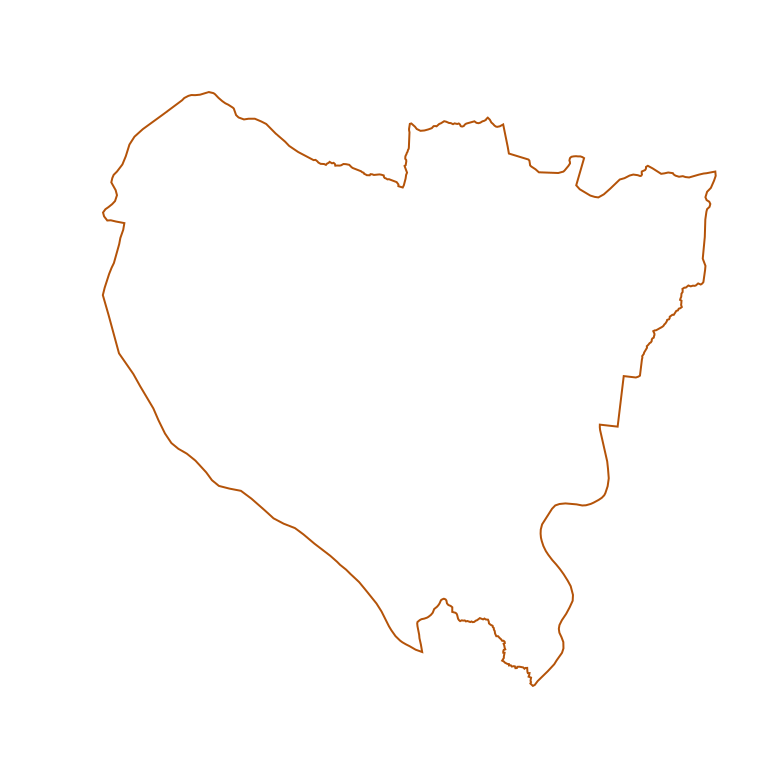 the district of Prey Chhor, Kâmpóng Cham, Cambodia, rotated 188°
{"feature_id": "14789045B91228863328058", "entity_name": "Prey Chhor", "entity_type": "district", "adm_level": 2, "iso_a3": "KHM", "parent_name": "Cambodia", "parent_adm1": "Kâmpóng Cham", "projection": "orthographic", "projection_center": [105.196, 12.105], "detail": "fine", "context": "isolated", "style": "outline", "palette": "amber", "viewbox_px": 768, "rotation_deg": 188, "n_neighbors": 0, "source": "geoboundaries", "source_scale": "gbopen_adm2", "svg_char_len": 6136}
<svg xmlns="http://www.w3.org/2000/svg" viewBox="0 0 768 768"><g transform="rotate(188 384 384)"><path d="M308.9,123.9L311.2,131.1L313.5,137.2L314.3,140.6L317.1,148.7L317.8,151.5L317.7,153.0L315.8,155.1L314.2,156.3L311.4,157.3L308.9,158.6L307.6,159.6L305.4,161.9L303.9,164.3L303.0,168.1L300.4,170.9L299.1,173.0L298.4,174.6L297.5,177.8L296.3,178.9L294.8,179.7L293.1,179.3L292.1,178.3L291.1,175.5L289.5,174.1L287.1,173.5L285.3,172.4L284.7,167.8L281.4,167.4L280.2,166.7L279.4,165.4L278.0,161.9L276.9,160.6L275.6,159.8L274.1,160.8L272.6,160.7L271.1,161.1L269.9,160.3L268.5,160.9L265.4,160.3L264.3,161.0L263.0,160.5L261.5,161.0L260.2,162.4L258.9,163.1L256.5,165.5L253.1,164.7L251.9,165.7L250.5,165.0L248.2,165.1L247.3,163.5L246.7,161.5L244.9,160.4L242.8,159.7L242.4,158.4L241.3,157.6L241.0,156.1L240.0,154.8L239.3,152.4L237.7,149.9L235.9,150.1L234.3,148.7L232.4,147.4L231.2,146.1L229.9,146.4L228.7,145.6L228.3,144.2L229.4,143.4L228.5,141.7L227.8,139.6L227.0,138.1L228.4,137.4L228.7,136.0L228.5,134.5L227.2,134.6L227.4,130.8L227.2,129.4L228.5,126.5L226.7,125.9L225.5,124.9L222.9,124.0L221.3,124.0L221.1,122.7L219.3,123.1L218.1,122.0L216.4,122.6L215.1,122.6L214.3,120.9L212.9,121.2L212.6,122.5L210.4,122.9L206.7,122.7L205.3,121.6L204.4,122.5L202.7,122.8L201.9,118.9L201.3,117.7L199.7,118.0L199.7,116.1L200.1,114.3L197.5,113.7L197.6,110.4L196.9,109.3L197.4,107.8L194.6,105.8L192.8,107.0L190.5,111.2L181.9,122.3L176.4,130.2L174.6,134.3L170.3,142.6L169.5,147.2L170.5,153.4L173.0,158.0L175.7,162.1L176.8,165.9L176.7,169.7L175.0,174.8L171.6,181.8L169.1,188.6L167.0,195.6L167.5,201.4L171.0,209.8L174.7,214.8L179.6,220.6L183.8,225.0L188.4,229.3L193.0,233.2L197.6,237.8L200.5,241.1L203.6,245.7L205.9,250.4L207.2,253.7L208.1,257.6L208.5,261.7L207.9,267.0L200.2,283.9L197.5,287.6L193.5,289.6L187.7,291.0L176.6,291.6L170.8,291.3L167.2,292.0L162.6,294.0L159.9,295.7L155.3,299.1L152.5,301.6L150.4,304.5L149.6,306.8L148.3,313.9L148.3,321.9L150.4,331.3L152.2,338.4L163.6,368.5L164.3,371.3L164.6,373.8L146.7,374.3L147.7,425.2L135.5,425.5L133.1,426.7L131.7,427.9L132.0,444.4L131.8,446.0L132.2,447.5L130.9,450.0L130.8,451.3L128.6,456.5L129.0,458.0L127.7,459.6L126.7,461.4L125.5,462.4L124.9,463.7L125.0,465.3L124.6,466.4L123.3,467.5L123.3,468.9L123.0,470.2L123.2,471.5L124.7,473.8L123.5,474.7L122.0,475.1L116.2,479.5L115.2,480.7L114.7,482.0L113.8,483.0L112.7,485.4L112.5,486.9L110.7,487.8L110.3,489.0L110.4,490.4L108.0,492.7L106.7,492.8L104.7,497.1L103.2,497.8L102.6,499.6L101.1,500.3L99.8,501.7L100.8,503.6L100.8,505.1L101.0,507.9L102.5,508.5L102.3,510.0L101.8,511.7L102.0,514.9L101.1,516.6L101.3,518.3L101.7,519.7L100.0,521.2L98.5,521.5L96.3,523.9L93.8,523.4L91.7,524.4L90.3,524.4L89.0,524.9L86.9,527.3L84.2,526.6L82.8,527.8L81.9,529.4L81.9,541.4L82.1,545.7L85.8,552.5L86.8,574.3L88.7,591.6L88.7,599.5L88.4,602.1L86.3,604.7L85.9,607.7L87.3,609.8L90.1,611.0L91.7,613.7L90.8,619.3L87.6,623.7L85.5,631.2L84.5,636.3L85.5,640.5L94.0,637.6L96.8,636.9L101.2,635.2L110.6,631.0L114.3,630.9L117.0,631.4L120.7,630.3L124.4,630.9L126.4,631.9L127.3,633.0L132.0,633.0L135.7,631.6L138.8,630.7L148.0,634.9L153.1,636.8L154.7,635.5L154.6,633.6L155.2,632.2L158.3,630.3L158.2,628.8L157.7,627.4L158.2,626.1L159.3,625.6L161.8,626.1L166.3,626.1L169.8,624.6L174.5,621.3L179.0,619.3L187.0,609.1L192.7,602.4L197.7,598.6L201.3,598.6L205.9,599.3L217.3,604.1L221.3,607.5L217.3,635.5L219.1,636.3L221.1,636.7L223.3,636.4L225.6,636.3L227.9,635.8L230.0,635.1L231.1,633.9L231.4,632.7L231.5,631.1L230.8,629.8L230.5,628.3L231.7,625.7L234.9,620.5L235.9,619.3L240.8,617.2L260.1,615.2L263.8,617.7L268.5,619.9L269.7,620.8L271.1,625.4L272.2,626.4L292.4,629.6L294.5,636.1L302.1,657.6L305.2,655.3L307.7,654.4L309.0,654.5L310.6,655.3L312.1,656.6L314.1,657.9L316.0,660.5L318.3,662.2L319.4,660.9L319.9,659.7L321.5,658.5L323.1,657.8L325.0,656.2L326.8,655.4L328.8,655.5L331.0,656.7L338.8,653.3L340.0,652.2L341.0,650.5L342.5,649.8L343.9,650.0L344.9,651.6L346.2,652.4L347.6,651.7L350.4,651.9L351.8,650.9L354.3,651.7L355.8,651.5L358.9,652.4L361.0,652.6L363.9,650.1L365.5,649.2L367.8,646.5L369.0,646.6L370.8,646.2L372.3,644.0L375.5,642.3L379.2,640.7L383.1,639.8L387.1,641.1L389.1,643.1L393.2,645.8L394.6,645.2L394.7,640.0L394.4,638.5L393.8,636.9L392.3,621.7L392.3,620.3L392.8,619.1L393.0,617.3L393.6,615.9L393.8,614.5L394.3,613.3L394.5,612.0L394.3,610.0L393.2,608.9L392.9,607.5L393.0,603.7L394.0,602.8L390.6,596.5L391.2,594.1L391.2,590.5L392.0,583.6L392.8,581.2L397.3,581.9L397.5,583.6L399.6,585.7L407.6,587.5L409.1,587.1L410.5,587.8L412.0,588.1L412.9,589.1L413.3,590.5L416.0,590.9L417.8,590.9L423.1,589.6L424.8,590.0L426.6,589.9L427.2,588.7L430.2,588.4L431.4,589.0L432.8,589.3L433.6,590.4L434.9,590.6L436.4,591.5L445.2,593.6L446.6,594.4L448.9,596.2L452.2,596.4L454.8,596.2L456.9,594.6L458.3,594.1L461.1,593.8L462.6,593.4L463.3,595.1L464.7,596.0L466.2,595.3L468.8,596.4L469.6,595.3L471.1,594.3L472.0,592.9L473.9,593.5L477.4,593.2L479.9,594.2L480.8,595.1L483.0,596.4L484.9,595.9L501.3,601.8L511.1,606.6L515.5,610.1L526.2,617.0L536.8,625.1L542.1,626.9L548.8,628.7L554.8,627.9L559.5,626.5L565.1,627.7L567.9,629.7L571.1,635.9L572.3,636.7L577.1,638.9L580.2,639.9L583.5,641.6L587.7,644.3L591.6,647.4L593.3,648.3L598.2,648.7L606.4,644.9L611.0,643.8L615.1,643.3L617.8,642.1L621.6,639.4L623.4,636.9L640.5,620.0L658.3,602.8L665.5,594.2L669.4,585.7L671.4,573.6L673.6,565.0L678.0,557.2L680.8,553.5L681.7,550.2L682.1,545.7L676.7,538.6L674.7,533.8L675.8,527.7L678.2,524.3L681.5,520.8L684.2,518.3L686.1,514.7L684.5,511.0L680.8,507.4L677.3,508.1L672.1,507.6L663.5,507.2L663.7,500.4L665.4,491.9L665.7,485.6L668.3,466.2L669.9,461.3L671.5,454.8L674.0,440.5L674.8,432.9L666.4,414.1L650.7,377.5L633.6,359.0L625.1,347.8L609.0,327.7L602.4,316.9L594.0,304.5L586.3,295.9L578.6,291.2L569.6,287.6L560.1,281.9L547.7,271.7L541.0,264.8L533.3,260.1L522.5,258.9L510.8,258.3L499.3,252.0L484.5,242.3L474.7,235.6L463.9,231.7L452.1,228.9L442.9,223.9L430.8,216.3L413.3,206.4L405.7,201.4L402.3,198.8L395.7,194.9L390.8,191.2L385.9,187.8L381.1,184.4L374.0,177.9L360.9,165.6L354.8,158.4L345.4,144.8L342.4,141.1L337.5,135.9L332.3,132.1L329.9,130.8L326.2,129.3L322.1,127.9L315.7,125.3L308.9,123.9Z" fill="none" stroke="#b45309" stroke-width="2"/></g></svg>